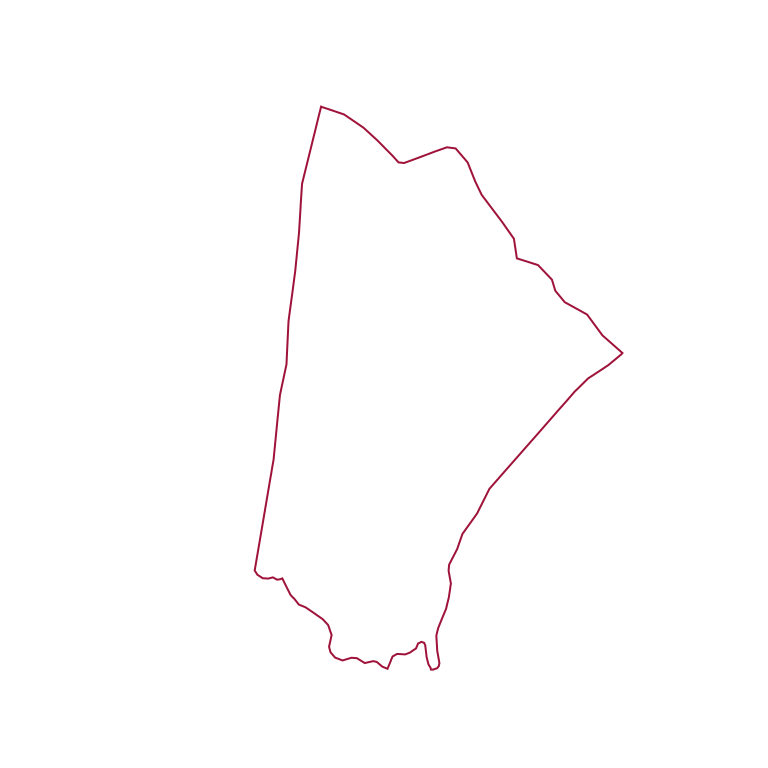 the district of Al-Malikeyyeh, Hasaka (Al Haksa), Syria, rotated 145°
{"feature_id": "27442178B99216687489351", "entity_name": "Al-Malikeyyeh", "entity_type": "district", "adm_level": 2, "iso_a3": "SYR", "parent_name": "Syria", "parent_adm1": "Hasaka (Al Haksa)", "projection": "mercator", "projection_center": [42.113, 36.959], "detail": "fine", "context": "isolated", "style": "outline", "palette": "rose", "viewbox_px": 768, "rotation_deg": 145, "n_neighbors": 0, "source": "geoboundaries", "source_scale": "gbopen_adm2", "svg_char_len": 2446}
<svg xmlns="http://www.w3.org/2000/svg" viewBox="0 0 768 768"><g transform="rotate(145 384 384)"><path d="M276.4,647.3L284.5,640.3L293.8,632.1L299.1,627.5L336.3,595.0L350.5,577.3L350.5,577.2L366.9,556.6L390.0,529.7L392.3,527.0L394.1,525.1L408.1,509.8L409.5,508.3L410.2,507.6L410.7,507.0L412.1,505.5L421.9,494.9L426.2,490.2L443.0,468.5L452.4,456.3L453.4,455.3L470.9,439.0L474.1,436.0L474.3,435.8L474.5,435.6L475.6,434.6L491.0,416.7L517.3,386.0L517.8,385.4L524.9,378.3L527.2,375.9L532.4,370.7L569.0,333.6L596.9,305.4L597.1,300.3L595.3,295.9L594.8,294.5L590.4,291.0L585.9,289.3L585.2,287.8L584.2,285.8L583.8,285.0L580.7,283.5L578.8,283.1L579.8,276.8L581.5,265.1L581.2,261.8L580.7,260.1L580.7,259.8L580.4,255.1L580.3,252.2L577.7,248.2L576.3,245.9L575.7,244.3L575.0,242.5L569.1,226.5L568.8,224.4L568.0,218.6L570.9,208.4L574.9,204.7L579.7,200.3L580.5,198.2L581.7,194.8L581.0,188.2L581.0,187.9L580.0,186.5L576.5,181.3L567.9,178.5L567.3,178.1L563.5,175.0L559.8,166.4L557.2,165.4L551.7,163.1L551.3,162.7L549.3,160.4L547.5,153.4L545.4,150.2L544.5,148.7L538.5,152.5L536.8,153.6L536.0,154.2L533.2,155.9L531.4,155.7L528.2,155.4L526.7,154.3L525.2,153.1L521.7,150.3L516.7,149.1L515.7,149.1L514.0,149.1L513.7,149.1L512.3,149.1L509.5,149.0L504.9,151.9L503.9,151.7L501.9,151.4L501.2,151.3L500.6,150.4L500.3,150.0L499.6,149.0L499.9,147.5L500.0,146.5L505.3,136.6L505.7,135.9L505.9,135.4L508.3,129.1L508.4,128.6L508.7,124.5L509.1,123.8L509.4,123.2L509.0,122.9L507.8,122.0L504.5,121.0L503.6,120.7L503.3,120.8L502.4,121.0L501.6,121.3L501.0,121.4L500.6,121.8L500.3,122.1L498.7,123.6L495.2,131.1L493.6,134.6L485.5,147.8L481.6,151.3L479.6,153.0L473.0,157.3L462.0,164.3L458.8,167.2L453.5,171.8L447.3,178.3L446.5,179.2L446.1,179.7L444.3,181.5L443.7,182.1L438.5,193.3L438.1,194.1L436.1,196.5L434.2,198.7L418.6,206.9L414.1,210.2L411.7,211.9L405.7,216.2L382.4,224.4L381.8,224.6L381.2,225.0L380.9,225.1L378.8,226.3L372.5,229.7L357.7,237.7L334.0,243.5L309.3,249.5L297.4,252.4L284.6,255.5L255.9,262.6L246.6,264.8L231.3,268.6L230.8,268.6L222.4,270.0L213.7,271.5L194.5,270.9L193.6,270.9L189.4,270.8L172.4,272.2L172.2,272.3L170.9,272.6L177.2,298.6L177.8,324.4L189.0,347.3L190.2,362.1L186.6,373.1L189.6,393.0L203.1,410.7L194.3,428.4L194.3,449.0L195.5,482.9L193.1,497.6L188.4,517.5L190.2,535.9L196.7,541.8L209.6,545.4L221.4,548.4L240.8,553.5L245.0,557.2L246.1,566.0L249.7,587.3L253.8,605.7L262.1,627.7L275.8,646.3L276.4,647.3Z" fill="none" stroke="#9f1239" stroke-width="2"/></g></svg>